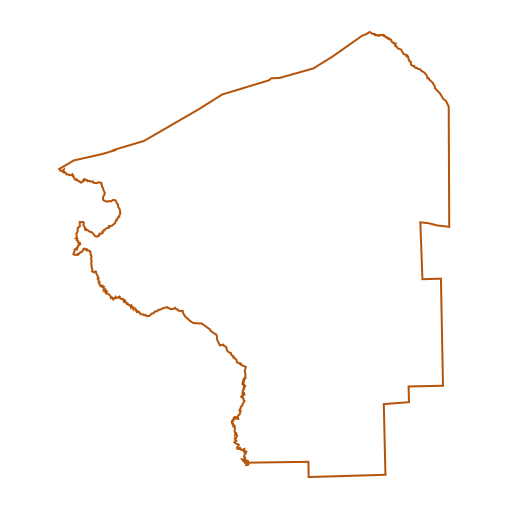 Sinda, Eastern, Zambia (Robinson projection), rotated 179°
{"feature_id": "96606910B72426001037260", "entity_name": "Sinda", "entity_type": "district", "adm_level": 2, "iso_a3": "ZMB", "parent_name": "Zambia", "parent_adm1": "Eastern", "projection": "robinson", "projection_center": [31.868, -14.258], "detail": "fine", "context": "isolated", "style": "outline", "palette": "amber", "viewbox_px": 512, "rotation_deg": 179, "n_neighbors": 0, "source": "geoboundaries", "source_scale": "gbopen_adm2", "svg_char_len": 6061}
<svg xmlns="http://www.w3.org/2000/svg" viewBox="0 0 512 512"><g transform="rotate(179 256 256)"><path d="M349.2,205.7L345.5,206.3L344.9,205.6L343.9,205.4L343.1,204.7L341.1,204.3L338.8,204.8L337.7,205.6L336.7,204.3L335.4,204.0L335.0,203.1L333.6,202.5L330.2,202.4L330.0,200.4L328.0,196.9L323.0,192.2L319.7,190.0L311.4,189.4L303.1,183.2L302.7,182.1L299.5,179.5L297.4,178.5L296.6,176.9L296.3,172.9L293.7,167.3L290.2,167.9L289.7,166.8L287.5,165.7L286.9,163.0L285.9,161.3L284.7,160.1L282.9,159.5L282.4,157.6L280.8,156.4L280.6,155.4L280.0,155.5L280.1,154.7L277.6,152.9L276.7,149.8L275.2,149.5L273.5,148.0L273.0,148.6L272.0,147.1L268.1,145.3L269.3,141.1L268.6,138.0L268.9,135.1L268.6,134.3L269.4,134.0L270.1,131.6L270.7,132.5L271.1,131.2L270.8,130.3L271.5,129.8L271.8,128.0L271.2,127.5L270.5,128.2L269.1,126.1L269.6,125.4L270.2,125.8L270.7,124.2L270.2,123.6L270.5,122.8L271.4,122.3L271.7,120.9L271.8,119.4L271.2,119.8L270.3,119.3L270.0,117.6L270.8,117.1L271.7,117.3L273.3,115.5L273.0,115.0L272.0,115.5L270.9,113.4L271.1,112.4L270.1,111.2L272.3,107.5L272.3,106.6L273.7,105.6L274.2,103.6L275.3,102.2L275.0,101.4L274.1,101.2L275.2,97.8L276.7,96.7L277.0,95.3L276.6,93.5L278.9,93.8L279.2,94.4L279.0,95.2L279.8,95.5L281.2,94.4L280.8,93.8L281.3,92.0L282.2,92.3L283.2,90.9L282.6,88.5L281.9,87.8L281.7,88.5L281.4,87.9L281.7,86.0L281.2,85.9L281.0,86.7L280.4,86.6L280.1,83.7L280.5,82.0L279.8,78.8L280.0,77.8L278.8,78.8L278.0,76.4L279.3,75.0L279.3,74.2L280.1,74.4L280.4,73.9L279.9,73.1L280.0,72.0L279.0,71.4L280.8,70.1L278.8,68.5L276.5,67.7L276.7,66.6L278.4,64.9L278.1,63.7L276.2,63.4L275.9,64.3L275.2,64.4L274.5,62.5L273.7,62.3L271.0,63.2L271.7,60.7L270.5,60.0L269.7,60.9L269.1,60.6L269.8,58.8L270.8,57.8L271.4,55.4L270.4,54.7L270.9,53.5L270.2,52.8L271.0,52.0L271.0,52.7L273.4,52.9L270.6,49.4L270.2,50.3L268.2,51.5L267.7,51.3L267.7,50.4L269.3,47.1L267.3,47.5L267.3,48.5L266.8,49.3L266.2,49.5L207.2,49.3L207.2,34.1L130.4,35.0L130.8,105.7L105.6,107.2L105.7,122.9L71.3,123.0L71.5,230.1L90.0,229.9L91.1,286.8L82.5,285.7L74.3,283.4L62.3,281.8L60.7,402.1L63.4,407.7L66.1,409.9L69.1,415.2L74.0,420.5L74.4,423.1L75.6,424.5L76.0,425.8L80.1,429.8L80.0,430.5L81.6,430.8L81.4,431.8L83.1,435.0L85.1,436.9L87.1,438.0L88.6,439.8L90.7,440.1L91.9,441.4L93.1,441.2L94.7,442.7L94.6,443.3L96.0,443.3L97.8,444.8L97.8,447.5L99.3,448.2L99.4,449.4L100.1,450.2L100.2,452.2L100.9,452.6L101.1,453.7L102.1,453.2L102.3,454.4L104.9,455.4L107.4,459.9L110.4,461.0L112.1,463.4L113.0,463.4L113.3,464.2L112.6,466.0L114.7,466.2L114.9,467.0L116.7,467.9L117.2,470.0L118.4,470.2L119.0,471.0L119.5,470.6L120.5,471.9L121.0,471.5L122.0,472.7L122.9,472.8L123.7,474.3L124.6,474.8L125.1,474.1L125.5,474.7L126.5,474.9L128.3,474.7L128.5,474.2L129.5,474.6L129.8,474.1L131.0,474.7L131.6,474.5L132.2,475.1L132.6,474.6L133.5,475.2L133.7,476.0L135.8,476.0L136.6,477.0L138.7,477.9L141.6,476.0L145.9,474.5L176.1,454.0L195.5,442.5L229.4,433.6L237.7,433.4L239.8,431.5L286.9,418.1L310.6,403.8L366.0,373.0L395.9,364.7L395.4,364.2L406.9,360.9L436.6,354.7L451.3,346.4L450.2,344.9L449.0,344.4L448.1,344.5L446.8,345.5L447.3,344.1L446.3,343.5L446.6,343.2L446.9,343.5L447.1,343.0L444.7,342.4L443.8,340.8L442.5,340.9L440.6,339.9L440.1,340.4L438.8,340.2L438.1,340.9L437.2,339.3L437.5,338.6L436.4,337.5L435.7,335.6L434.4,335.3L434.1,335.8L432.3,333.9L431.5,333.9L429.8,332.4L428.2,333.3L427.3,334.9L426.9,334.3L425.9,335.8L425.2,335.0L423.7,334.8L423.8,334.3L423.1,333.7L421.1,334.0L419.9,333.2L417.8,333.4L417.6,332.4L416.9,332.0L413.8,331.6L412.3,332.4L409.9,332.1L409.1,331.5L409.4,330.2L408.7,329.3L408.8,328.1L407.7,326.6L407.6,325.1L406.1,321.8L406.3,320.5L408.1,317.1L408.0,315.0L407.3,314.3L403.7,312.8L402.5,313.5L399.8,313.2L398.3,314.4L396.0,314.4L395.0,313.3L394.1,310.9L393.0,309.8L393.1,308.1L391.5,305.0L390.9,301.1L391.9,298.9L392.0,297.5L393.2,297.1L394.0,295.3L394.8,294.9L394.6,293.9L395.8,293.3L396.3,291.4L399.8,288.6L402.6,288.4L402.3,287.0L404.5,286.5L407.4,284.6L407.4,284.1L408.1,284.2L409.1,283.1L408.7,282.3L409.2,281.4L411.7,281.1L411.6,280.3L412.5,280.2L412.8,279.1L413.5,279.0L413.9,278.2L416.1,278.4L419.2,282.0L420.6,283.1L421.6,283.0L424.8,285.4L425.3,284.9L426.3,285.1L426.5,285.9L426.0,286.2L426.1,286.8L428.1,289.7L427.6,292.0L427.8,292.9L431.7,293.0L431.6,288.7L433.8,287.2L433.9,283.5L435.2,281.3L434.8,277.5L435.7,276.8L434.5,276.6L434.3,275.7L434.9,274.8L433.3,273.7L433.4,271.8L432.6,271.3L431.8,271.9L431.4,271.1L434.1,268.9L434.1,267.7L434.8,267.2L434.5,266.8L435.0,265.6L436.0,266.5L437.3,265.5L437.4,263.8L438.6,261.1L437.0,260.1L435.2,260.6L434.1,260.2L434.0,261.1L433.4,261.0L431.7,262.8L430.8,262.6L429.3,264.1L428.3,266.2L427.6,266.5L426.4,265.9L426.0,264.9L425.5,264.8L424.9,265.5L424.3,264.4L422.6,264.3L421.9,263.6L421.3,262.7L421.6,262.0L421.0,260.1L421.2,259.6L420.5,258.7L420.5,257.6L421.1,256.4L420.5,254.5L420.7,253.4L420.4,252.7L421.0,251.5L420.4,249.0L420.7,248.4L419.8,245.3L420.2,243.4L418.0,242.5L417.0,243.4L416.4,243.3L416.0,241.3L414.6,238.7L414.6,237.0L413.7,236.6L414.5,235.3L413.7,234.4L413.7,232.3L412.9,232.3L413.2,231.5L412.9,230.0L412.0,229.6L411.9,228.7L410.5,229.2L409.8,228.7L410.1,228.2L408.9,227.9L409.6,227.3L408.8,226.9L408.9,225.0L408.4,225.7L407.1,225.2L407.4,224.0L405.9,223.3L407.3,222.5L406.6,221.1L405.6,221.3L403.3,219.8L402.0,218.1L401.8,216.6L400.7,217.0L399.8,215.2L399.5,215.1L399.5,215.9L398.5,216.6L397.3,216.2L397.0,217.3L396.5,216.5L395.8,216.5L393.2,217.9L392.8,217.5L393.0,216.2L390.7,215.2L390.2,215.5L389.4,215.0L389.2,214.3L388.4,214.4L388.1,214.0L388.6,213.3L387.7,213.3L388.2,212.0L386.0,211.5L385.8,210.2L384.9,210.4L384.6,209.6L383.2,208.9L381.9,208.9L382.4,208.2L382.1,207.3L381.9,208.1L380.7,207.6L380.4,206.8L379.9,206.8L379.7,205.8L379.4,206.6L378.1,205.8L378.0,205.1L377.1,204.7L377.2,203.9L376.7,204.1L376.1,202.7L375.6,202.8L375.8,202.1L374.9,202.3L373.9,201.5L374.1,202.1L373.7,202.0L372.8,200.4L371.9,199.7L370.0,199.6L368.9,198.7L368.1,199.0L368.0,198.6L366.4,198.4L365.8,197.7L363.6,198.0L361.0,200.4L359.8,200.3L357.8,202.4L355.9,202.4L354.8,203.7L351.7,204.4L349.2,205.7Z" fill="none" stroke="#b45309" stroke-width="2"/></g></svg>